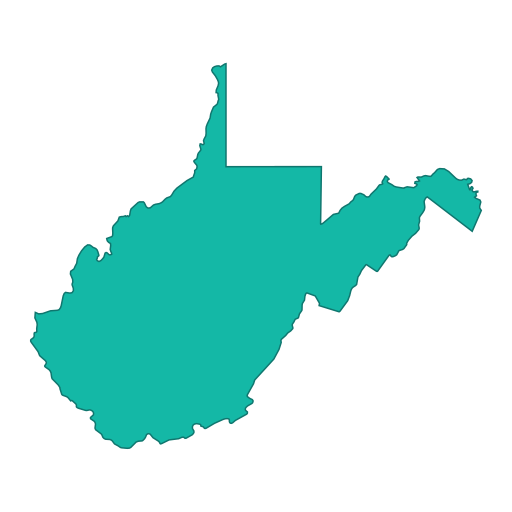 outline of West Virginia
{"feature_id": "USA-3554", "entity_name": "West Virginia", "entity_type": "State", "adm_level": 1, "iso_a3": "USA", "parent_name": "United States of America", "parent_adm1": "", "projection": "robinson", "projection_center": [-80.323, 38.926], "detail": "fine", "context": "isolated", "style": "filled", "palette": "teal", "viewbox_px": 512, "rotation_deg": 0, "n_neighbors": 0, "source": "natural_earth", "source_scale": "10m", "svg_char_len": 6004}
<svg xmlns="http://www.w3.org/2000/svg" viewBox="0 0 512 512"><path d="M35.3,312.4L38.7,313.9L42.7,313.5L50.5,310.8L57.4,310.3L59.1,309.7L60.5,307.7L61.2,305.7L63.2,295.9L64.2,293.5L65.5,292.4L69.9,293.1L72.0,292.7L73.4,290.8L73.3,288.2L72.1,284.8L72.2,283.7L72.8,282.1L72.6,279.3L70.4,274.0L70.7,271.3L74.0,268.9L75.1,266.3L76.7,263.3L77.4,258.7L78.9,255.2L81.5,250.9L84.7,247.0L87.6,244.9L89.8,245.0L91.5,246.1L92.9,247.3L95.7,248.5L97.0,249.8L97.8,251.6L98.9,255.3L98.7,255.9L97.5,256.7L97.3,258.2L96.6,259.4L97.2,260.6L99.0,261.5L101.0,260.5L102.7,258.7L103.9,257.1L105.1,253.1L106.1,252.5L107.2,252.9L108.8,254.5L109.8,254.9L111.6,254.4L111.6,253.1L110.8,251.4L110.2,249.5L110.7,245.5L110.5,243.5L108.7,242.4L107.4,241.0L107.1,240.3L106.7,238.5L111.9,236.6L112.6,235.6L112.8,233.1L112.6,228.9L112.7,227.5L113.4,225.8L117.9,220.9L119.3,217.1L121.2,216.6L123.4,216.5L125.4,215.8L126.1,216.6L127.4,215.8L128.6,216.6L129.7,215.2L130.4,210.9L131.1,208.9L138.0,202.6L139.5,201.9L143.4,201.9L144.3,202.8L146.3,206.9L148.1,208.1L150.3,207.8L153.5,205.0L155.4,204.3L159.3,203.6L161.1,202.8L162.5,201.9L165.1,199.2L166.8,197.9L170.4,196.6L171.8,194.9L174.0,191.2L176.9,188.1L187.1,180.5L193.4,177.0L193.6,175.9L194.7,172.8L194.7,170.5L196.6,168.9L197.1,166.8L196.8,165.3L194.4,162.4L193.8,161.1L194.6,160.2L196.6,158.9L197.1,157.8L197.8,154.4L198.4,153.1L200.7,150.2L200.9,149.3L199.8,145.6L200.2,143.9L201.2,144.0L202.4,144.6L203.5,144.5L204.2,143.4L203.5,140.7L204.2,138.8L205.8,135.9L206.1,133.3L206.0,128.7L206.3,126.6L207.3,123.9L210.1,118.0L210.7,114.1L211.6,111.5L213.5,107.1L216.9,104.4L217.4,103.7L218.3,100.3L218.7,99.6L218.5,98.1L218.0,95.6L218.0,93.4L216.9,92.7L216.1,92.6L216.3,90.0L218.1,85.7L218.6,83.2L218.3,81.6L217.5,79.6L215.4,75.9L212.4,72.0L211.7,70.1L212.7,67.9L214.4,66.7L216.7,66.0L219.0,65.9L220.5,66.8L224.6,64.1L226.0,63.7L226.0,166.7L321.4,166.6L320.6,223.9L320.8,224.2L322.0,223.8L323.2,223.1L333.4,214.4L338.7,213.2L340.1,210.4L341.9,208.2L344.5,206.4L349.2,203.8L350.7,202.0L352.8,200.4L353.6,199.2L354.7,196.4L355.8,195.1L359.3,193.4L360.8,193.4L363.9,194.8L365.6,196.4L366.6,196.9L368.1,197.0L369.1,196.6L370.0,195.7L370.9,194.3L376.4,189.0L379.1,185.3L379.8,184.8L381.9,184.3L382.7,183.8L382.1,182.4L382.4,181.2L384.0,178.7L385.1,176.5L385.7,176.0L386.8,176.7L389.1,179.1L389.0,179.3L387.8,179.9L387.5,180.5L387.3,181.6L388.0,182.6L391.8,184.6L394.2,186.3L396.4,187.0L403.9,188.2L404.1,187.8L407.2,186.8L413.8,187.7L416.6,185.7L417.1,184.5L416.6,184.0L414.8,183.4L415.1,181.8L416.6,181.4L418.3,181.4L419.5,180.9L417.0,177.5L417.9,177.0L421.3,177.1L423.7,176.0L425.5,175.6L429.2,176.3L431.0,176.3L433.3,173.7L434.4,172.9L437.1,169.8L437.8,169.3L439.7,168.6L444.4,168.9L448.7,171.5L455.7,178.2L457.4,179.4L459.5,180.1L461.5,180.2L463.9,179.1L466.4,179.7L467.0,179.4L467.4,178.5L468.5,178.3L470.7,178.9L472.1,180.6L471.6,182.4L469.9,183.7L467.7,184.3L469.6,189.7L470.2,189.7L470.9,187.4L471.5,186.7L472.4,187.0L473.0,188.3L472.1,189.8L472.1,190.5L473.2,191.8L474.6,191.8L476.1,191.3L477.8,191.2L477.8,192.0L476.5,192.3L476.0,193.2L476.0,194.4L476.5,195.8L474.6,197.2L475.8,198.3L480.0,200.1L480.8,202.0L479.7,206.1L479.7,208.1L481.3,210.4L472.2,231.3L427.3,196.9L426.1,197.6L424.8,199.5L424.1,201.6L424.7,206.0L424.8,207.2L424.5,209.2L424.1,210.3L422.8,212.5L420.0,216.3L419.5,217.3L419.4,218.3L419.6,221.2L418.6,224.9L419.2,228.2L419.0,229.2L418.6,229.8L415.6,233.3L412.0,236.1L408.4,240.2L406.7,243.1L406.7,244.7L403.9,248.6L402.5,249.5L399.3,250.5L398.8,250.9L396.7,254.8L395.4,255.7L393.3,256.6L392.0,256.8L391.2,256.4L390.1,254.9L389.1,255.2L377.7,271.1L377.2,271.4L376.5,271.3L366.6,264.7L366.1,264.6L365.7,265.0L361.8,270.1L361.2,271.1L359.9,274.0L357.9,277.1L356.6,284.5L355.5,285.6L353.2,287.1L352.2,288.0L351.4,289.3L350.8,290.8L349.6,295.7L347.7,300.7L340.0,311.2L339.1,311.8L319.1,305.6L319.5,303.3L315.4,296.2L314.9,295.8L307.2,293.0L306.6,293.0L306.0,293.5L305.5,294.4L304.9,296.3L304.5,300.1L302.4,303.5L302.1,305.1L302.0,309.8L301.8,310.5L299.4,314.0L298.5,317.4L298.1,318.0L295.3,319.2L295.0,319.6L293.8,322.1L292.4,324.1L292.2,325.1L292.9,328.0L292.7,328.7L290.7,330.9L287.7,333.0L285.7,335.5L281.4,339.3L280.9,340.4L281.2,342.4L281.0,343.1L279.0,349.4L273.8,359.1L254.7,380.0L253.5,383.8L247.5,394.5L247.1,395.7L247.4,396.6L249.6,398.3L252.3,399.6L253.0,400.6L253.0,401.7L252.5,402.9L251.7,403.6L247.6,405.9L246.0,407.4L245.5,408.1L245.3,409.4L245.6,410.4L247.4,411.9L247.4,413.1L247.1,413.7L246.6,414.2L235.4,420.4L232.6,422.8L231.5,423.3L230.5,423.2L229.8,422.7L229.4,421.7L229.3,419.7L228.8,418.9L227.2,418.6L225.0,418.8L222.9,419.5L214.5,423.3L206.2,428.2L205.1,428.5L204.4,428.3L203.4,426.9L200.9,426.1L200.7,424.8L199.9,424.2L196.5,423.6L194.4,424.1L193.1,425.1L192.4,426.8L192.5,428.6L193.9,431.0L193.9,432.5L193.3,433.6L192.2,434.8L186.1,438.2L185.0,438.3L183.7,437.2L182.1,437.2L178.7,438.7L169.1,439.9L161.6,443.6L160.6,443.9L160.1,443.6L159.3,442.0L158.2,441.0L153.0,437.7L150.2,434.2L148.9,433.7L147.7,433.8L146.5,434.7L145.6,437.0L144.6,438.7L142.8,440.5L142.1,440.9L138.4,441.2L136.2,442.0L130.8,447.4L129.5,448.1L127.3,448.3L121.7,447.8L120.5,447.5L118.2,445.9L114.5,443.9L112.2,440.8L111.3,440.1L109.9,439.5L105.5,439.2L104.1,438.5L102.9,437.3L101.8,434.7L101.2,433.9L95.6,429.7L95.0,428.1L95.5,424.1L95.1,422.5L94.3,421.3L90.6,418.8L90.4,417.9L90.7,417.3L93.4,414.9L93.6,413.2L93.0,411.7L92.2,410.9L90.5,410.0L89.5,409.9L86.7,410.5L85.6,410.4L78.3,408.2L77.0,407.5L76.4,406.8L76.4,405.0L75.9,404.0L72.3,400.7L71.6,400.5L70.7,400.9L67.9,397.5L66.5,396.6L62.9,395.3L62.1,394.8L61.7,394.2L60.0,388.8L59.9,387.6L59.2,386.4L58.1,384.8L52.1,378.7L51.6,377.0L51.0,372.7L50.0,370.7L49.0,369.6L45.3,367.0L44.8,366.4L44.7,365.9L46.3,363.3L46.3,362.3L45.9,361.4L45.1,360.4L40.1,356.1L39.5,355.3L38.1,351.7L31.2,342.2L30.7,341.2L30.7,340.1L31.0,339.5L33.0,338.1L34.0,336.9L34.2,335.9L34.1,334.0L34.3,332.9L34.6,332.6L36.2,332.3L36.8,331.6L36.7,328.6L37.2,324.7L36.9,322.3L34.9,317.9L35.3,312.4Z" fill="#14b8a6" stroke="#0f766e" stroke-width="1.5"/></svg>